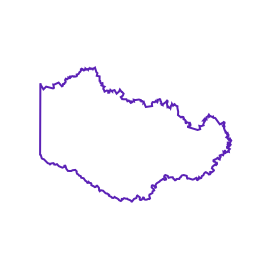 Xhariep, Free State, South Africa, rotated 338°
{"feature_id": "47623444B92402502391318", "entity_name": "Xhariep", "entity_type": "district", "adm_level": 2, "iso_a3": "ZAF", "parent_name": "South Africa", "parent_adm1": "Free State", "projection": "equal_earth", "projection_center": [25.946, -29.761], "detail": "fine", "context": "isolated", "style": "outline", "palette": "violet", "viewbox_px": 256, "rotation_deg": 338, "n_neighbors": 0, "source": "geoboundaries", "source_scale": "gbopen_adm2", "svg_char_len": 5941}
<svg xmlns="http://www.w3.org/2000/svg" viewBox="0 0 256 256"><g transform="rotate(338 128 128)"><path d="M63.5,53.7L36.5,119.8L37.0,120.3L36.7,123.8L37.0,124.4L38.3,125.5L40.4,130.5L41.9,131.8L42.1,132.5L43.3,132.1L45.6,132.6L46.0,133.2L45.9,134.2L47.2,134.9L48.6,134.9L49.6,137.5L52.3,140.2L54.5,140.2L54.9,139.2L55.7,139.4L55.8,140.0L55.5,142.6L56.2,145.3L59.2,146.6L60.8,146.4L63.4,147.1L64.2,149.0L63.7,149.9L63.6,151.3L64.6,152.6L64.8,153.8L66.1,154.8L66.0,156.6L68.0,157.9L68.7,161.0L69.5,161.9L69.8,163.7L70.4,163.9L71.3,163.2L71.8,164.5L73.0,165.2L73.1,166.2L72.6,167.2L73.6,168.5L74.3,169.0L74.9,170.3L75.9,170.6L77.1,169.8L77.8,170.0L78.6,172.4L78.3,174.0L77.9,174.6L78.1,176.0L79.6,175.6L81.4,176.8L82.6,179.7L83.3,180.6L84.1,180.9L85.2,182.4L85.4,182.9L84.9,183.2L84.9,183.7L86.8,185.7L87.1,186.8L88.3,187.4L89.8,186.9L90.3,188.0L91.0,188.5L92.4,190.4L92.7,191.6L94.0,193.0L95.1,192.7L95.7,191.5L96.7,192.1L97.5,191.6L98.1,191.6L99.6,192.8L100.8,193.2L100.9,193.8L102.8,195.6L103.6,196.7L103.7,197.5L104.1,197.7L107.1,196.0L109.4,196.1L111.0,194.2L111.4,194.1L113.0,196.8L112.1,198.7L112.3,199.2L113.0,199.6L114.0,199.5L116.0,198.1L116.6,198.6L116.3,200.1L117.1,200.9L118.5,201.4L120.5,201.4L121.3,201.9L122.1,201.4L122.3,198.8L123.0,197.8L126.2,197.5L127.1,195.9L128.9,195.7L128.9,194.6L127.7,191.9L128.5,190.4L129.1,190.2L129.6,190.4L130.8,192.1L131.0,192.6L130.8,193.4L131.2,193.7L131.9,193.3L132.0,191.5L132.7,190.7L134.0,190.0L137.1,189.5L138.5,188.8L139.5,188.8L141.2,188.3L141.8,188.6L142.4,189.8L143.8,190.1L144.2,189.8L144.2,188.3L143.9,187.8L143.2,187.5L143.1,187.0L144.0,185.8L145.0,185.6L146.9,187.3L146.9,189.2L147.1,189.5L148.4,189.5L151.0,190.4L151.1,192.2L152.1,193.2L151.8,193.7L152.0,194.1L152.7,194.2L154.2,193.5L156.5,194.5L157.5,193.4L158.5,193.4L159.3,192.6L160.2,192.2L162.1,192.5L164.5,194.4L164.0,196.6L164.1,197.2L165.4,197.4L168.5,200.0L169.6,200.2L172.8,199.8L173.2,200.7L172.5,201.5L172.6,202.1L172.8,202.3L174.2,202.0L175.5,200.2L176.1,201.7L177.2,201.8L178.5,200.2L180.1,200.1L181.5,198.7L183.3,198.0L183.8,198.3L185.3,200.4L185.6,201.4L186.7,201.6L187.5,201.1L187.6,199.6L188.1,199.6L189.1,200.4L191.0,200.0L191.8,199.5L191.8,199.1L190.7,196.8L191.8,195.5L194.9,194.5L195.7,195.4L196.9,194.9L197.4,193.9L197.3,193.4L196.5,193.2L195.9,191.8L195.0,191.3L194.8,190.8L195.2,189.9L196.4,189.7L197.4,189.9L200.0,189.2L200.2,189.4L200.1,190.1L200.3,190.7L201.2,191.6L202.1,190.2L203.1,189.5L202.5,188.2L202.7,187.8L205.0,187.9L206.0,188.9L207.2,187.5L207.6,185.9L207.9,186.3L208.0,187.6L208.6,187.7L208.8,185.7L209.2,185.4L209.5,185.5L209.8,187.2L210.8,187.5L211.8,187.2L212.6,187.9L212.8,187.1L212.7,186.5L214.5,185.6L213.7,184.5L212.5,183.9L212.4,183.4L212.8,182.5L213.4,182.3L215.1,183.0L216.9,182.0L216.5,181.0L215.2,181.5L214.2,180.9L214.2,180.4L214.9,180.0L215.1,178.9L216.7,179.3L217.4,179.7L217.8,179.1L219.0,178.4L218.9,177.5L218.5,176.7L218.6,175.9L217.8,175.7L217.5,177.0L217.1,177.0L216.6,175.5L216.8,174.1L216.0,173.9L215.7,173.5L216.6,173.0L217.4,173.2L217.8,172.7L218.1,173.0L218.3,172.6L217.9,171.9L218.5,171.8L218.4,171.4L217.8,171.4L217.6,171.1L218.2,170.5L217.9,170.2L218.2,169.8L217.8,169.7L217.6,169.0L217.2,169.5L216.8,169.0L217.1,168.5L216.8,167.8L217.1,167.0L216.8,166.1L217.0,165.3L216.8,164.6L217.3,163.4L217.0,162.4L218.0,162.6L218.0,161.7L217.7,161.3L218.2,161.4L218.4,160.5L219.4,159.6L219.5,159.3L219.1,159.1L219.3,158.7L219.0,158.3L218.3,158.6L214.5,159.0L212.7,151.7L212.4,151.2L211.0,150.6L210.9,149.9L211.1,149.3L210.2,149.3L209.0,147.9L208.1,148.0L208.4,147.7L208.0,145.9L206.5,147.1L204.8,147.4L204.1,149.3L202.8,148.0L200.5,149.3L202.3,150.1L200.4,151.5L198.9,153.2L199.0,153.8L196.4,153.7L195.0,152.8L194.5,156.1L191.8,155.9L184.0,149.6L184.2,149.0L186.8,149.1L187.3,148.0L187.3,147.5L186.5,147.7L186.3,147.4L187.0,146.9L187.2,146.3L185.9,145.8L184.5,144.4L183.2,145.9L183.4,145.3L183.5,143.9L184.2,142.9L183.9,141.9L182.9,140.8L183.4,140.4L183.5,139.7L182.8,138.9L183.2,138.4L182.2,137.8L181.1,138.0L179.2,134.7L180.6,131.8L181.4,127.6L182.0,126.4L180.4,124.7L180.1,123.3L179.5,123.4L179.5,124.0L178.9,123.8L178.1,124.2L177.8,122.1L177.5,122.6L176.2,123.5L174.8,125.5L174.7,124.6L173.9,124.8L173.5,124.4L173.4,123.4L172.4,123.5L173.3,119.8L174.5,118.6L174.8,117.7L174.5,117.2L172.8,118.1L169.0,119.2L168.7,119.9L168.0,119.2L168.5,118.6L167.8,117.8L168.3,117.5L168.5,115.8L168.2,115.5L168.6,113.5L168.3,113.1L166.7,113.2L165.9,112.9L165.3,114.7L164.8,115.1L164.4,113.9L163.8,113.9L163.7,113.4L162.5,114.1L160.5,113.2L159.3,114.2L158.6,116.7L152.4,115.2L152.3,110.4L151.7,110.6L152.4,109.4L150.6,108.5L150.9,108.1L149.9,107.5L150.3,106.9L148.8,105.7L145.1,104.8L143.9,103.9L143.5,105.6L143.2,105.3L141.8,105.4L141.8,105.0L140.9,104.5L141.0,105.7L140.0,105.8L139.0,102.8L137.8,102.4L137.8,103.0L137.5,103.0L137.3,100.8L134.1,99.5L133.7,98.6L133.3,98.7L132.9,96.6L135.3,96.1L136.8,94.5L136.0,92.3L135.6,92.2L134.9,89.3L133.4,90.8L130.3,91.9L129.7,87.8L127.2,87.6L127.0,88.2L125.9,86.0L123.9,88.2L122.9,87.9L123.5,86.0L122.3,85.3L119.9,85.5L120.0,82.6L119.8,82.5L120.1,81.6L121.7,80.9L119.5,78.7L120.7,78.2L121.1,76.8L119.5,76.5L119.4,75.6L119.8,73.9L119.3,73.6L121.0,69.5L118.6,67.9L120.2,65.7L119.6,64.3L120.0,59.7L118.8,60.1L118.1,59.9L117.7,60.2L117.7,59.8L117.1,59.9L116.2,59.1L115.7,59.4L115.2,58.5L115.0,58.8L114.4,58.4L113.9,58.7L113.5,58.3L113.1,58.4L112.7,59.1L112.2,58.1L111.4,57.8L111.0,57.1L110.7,58.0L109.7,57.4L109.4,57.9L109.0,57.7L108.6,58.0L108.2,57.2L107.8,57.1L107.7,56.1L107.1,55.6L106.3,55.9L106.1,57.0L104.5,58.1L104.0,58.0L102.4,59.4L100.5,59.2L100.4,60.3L99.8,60.8L98.0,60.5L97.6,60.0L97.0,60.1L96.5,59.4L95.6,59.0L94.6,59.3L94.0,58.8L93.4,59.6L93.0,58.9L92.3,59.6L91.6,58.8L91.2,59.6L89.9,60.0L88.8,59.0L87.6,60.0L87.8,61.2L87.0,62.4L86.3,62.3L85.4,63.3L84.3,62.9L83.3,64.5L82.3,64.6L80.7,59.9L75.8,60.1L75.0,59.7L74.4,63.0L73.9,63.3L73.0,63.0L67.6,59.0L64.1,60.5L63.3,55.7L63.5,53.7Z" fill="none" stroke="#5b21b6" stroke-width="2"/></g></svg>